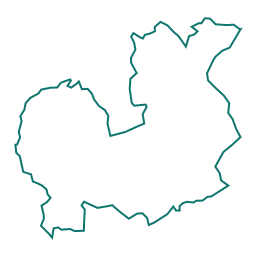 outline of Karamoullides, Paphos, Cyprus
{"feature_id": "46923920B15224783419996", "entity_name": "Karamoullides", "entity_type": "district", "adm_level": 2, "iso_a3": "CYP", "parent_name": "Cyprus", "parent_adm1": "Paphos", "projection": "orthographic", "projection_center": [32.433, 35.012], "detail": "fine", "context": "isolated", "style": "outline", "palette": "teal", "viewbox_px": 256, "rotation_deg": 0, "n_neighbors": 0, "source": "geoboundaries", "source_scale": "gbopen_adm2", "svg_char_len": 1787}
<svg xmlns="http://www.w3.org/2000/svg" viewBox="0 0 256 256"><path d="M15.4,144.8L16.3,152.8L19.8,156.2L21.6,164.5L23.3,171.9L31.0,174.3L32.9,181.5L38.0,183.5L42.3,185.7L46.5,189.6L47.6,194.3L50.5,197.9L47.0,202.1L41.5,205.6L43.5,213.9L44.0,218.3L41.0,225.8L49.5,234.4L52.1,237.7L53.6,228.4L58.3,227.4L61.3,229.7L70.1,229.0L74.6,231.1L82.5,230.8L83.8,230.8L84.2,220.2L84.8,209.6L81.6,205.5L84.0,201.7L97.5,207.9L103.3,206.9L105.9,206.5L112.3,205.2L116.0,208.5L118.6,210.8L128.8,218.7L137.1,213.6L142.5,213.3L147.1,218.0L148.8,225.0L152.0,223.6L154.0,222.7L158.7,219.7L167.4,214.1L173.4,206.5L175.9,210.5L179.6,210.6L179.6,206.2L182.9,203.1L187.0,201.8L193.3,202.5L196.5,200.7L202.5,200.6L207.4,196.9L211.3,196.4L211.5,196.3L228.3,185.6L221.1,180.4L219.8,173.4L215.3,166.6L223.4,152.0L233.0,144.1L240.5,137.1L236.1,128.8L232.6,119.1L228.2,112.9L229.2,103.1L223.9,95.7L215.3,87.7L208.1,80.4L207.0,73.4L213.1,60.5L215.5,56.7L222.3,50.7L229.7,47.6L240.6,29.2L240.0,29.4L233.7,24.7L226.9,25.1L215.6,24.3L210.0,18.6L204.8,18.3L201.5,23.3L198.9,23.2L191.7,26.8L197.5,31.3L194.5,34.4L189.1,36.1L185.9,46.6L178.5,36.1L173.5,31.8L167.4,25.3L160.5,21.9L154.7,27.0L154.9,31.3L149.6,33.7L144.9,34.8L142.9,38.5L139.9,37.2L133.4,33.1L131.2,36.7L134.1,42.6L135.4,49.7L133.2,53.6L131.0,57.9L131.2,63.0L136.7,73.1L130.4,78.8L129.7,88.9L131.7,102.7L134.1,105.7L145.7,104.6L146.6,107.0L142.7,114.1L144.2,123.6L136.6,126.8L125.2,132.0L110.4,135.9L107.5,123.5L108.3,115.9L105.1,110.3L98.8,105.8L93.9,99.1L92.0,93.8L87.7,88.9L81.9,89.2L78.8,81.5L76.3,84.0L71.2,87.6L67.4,85.9L70.9,80.6L70.1,79.4L61.0,82.6L57.1,87.5L50.6,87.7L41.2,89.6L38.4,93.5L35.5,95.1L30.3,97.9L25.6,103.2L24.4,109.7L20.3,116.2L21.6,121.0L18.8,132.0L20.1,137.4L17.1,144.5L15.4,144.8Z" fill="none" stroke="#0f766e" stroke-width="2"/></svg>